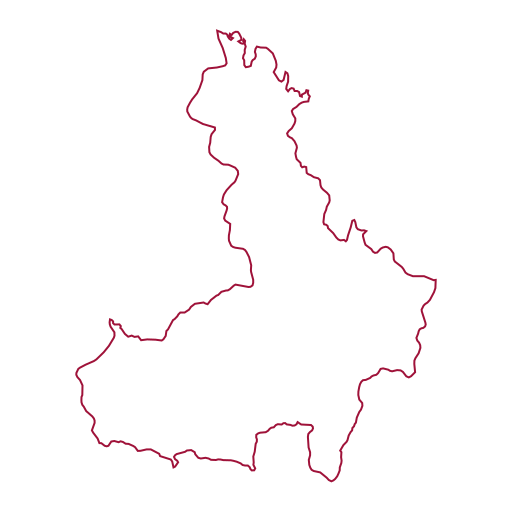 outline of Várzea da Palma, Minas Gerais, Brazil
{"feature_id": "56859067B75648530569084", "entity_name": "Várzea da Palma", "entity_type": "district", "adm_level": 2, "iso_a3": "BRA", "parent_name": "Brazil", "parent_adm1": "Minas Gerais", "projection": "mercator", "projection_center": [-44.733, -17.417], "detail": "fine", "context": "isolated", "style": "outline", "palette": "rose", "viewbox_px": 512, "rotation_deg": 0, "n_neighbors": 0, "source": "geoboundaries", "source_scale": "gbopen_adm2", "svg_char_len": 6009}
<svg xmlns="http://www.w3.org/2000/svg" viewBox="0 0 512 512"><path d="M202.9,124.0L214.9,127.5L215.0,129.9L211.6,134.1L210.7,136.9L210.2,142.8L209.1,146.9L209.4,152.2L210.6,154.5L214.0,157.7L218.5,160.8L221.5,163.5L223.5,164.5L228.3,164.7L230.1,165.4L235.2,167.7L237.8,170.9L238.2,174.1L235.5,180.7L234.5,182.2L231.6,184.7L226.6,190.2L223.9,194.5L223.0,197.3L222.1,202.2L223.6,204.3L225.6,205.4L227.0,206.8L227.1,208.6L226.5,210.8L224.5,216.3L224.1,218.4L225.2,220.6L230.2,223.9L229.9,230.1L228.9,235.3L228.8,238.4L229.0,240.7L231.2,245.7L233.1,247.0L235.3,247.7L243.0,248.8L245.0,250.0L246.5,252.0L249.1,257.1L251.2,265.3L250.9,270.1L251.1,271.9L253.2,279.8L253.2,282.8L252.5,285.4L250.5,286.8L248.5,287.0L235.5,284.6L233.8,285.6L229.9,289.2L227.8,290.4L226.0,290.5L221.4,291.8L218.2,295.0L216.5,295.6L211.0,299.9L207.6,304.2L205.4,303.5L203.6,302.5L194.9,303.8L190.9,306.9L189.1,309.6L184.7,312.5L180.3,312.5L178.4,314.4L177.3,316.3L174.6,319.1L173.0,320.1L168.0,329.4L166.4,331.0L165.7,335.9L163.4,339.3L161.7,340.5L155.5,339.7L147.2,339.4L141.1,340.2L138.2,336.4L134.5,336.9L131.7,335.6L128.2,336.7L124.9,333.9L121.6,329.0L120.3,327.9L120.8,326.1L119.4,324.4L114.5,324.5L113.1,323.2L113.1,321.4L111.7,320.0L110.0,319.4L109.6,322.3L109.8,324.3L110.6,326.7L114.4,332.3L114.5,335.7L113.8,337.8L108.9,345.9L103.7,352.3L96.4,359.4L94.0,361.0L85.6,364.7L79.9,367.7L78.3,368.9L76.4,372.9L76.3,374.8L77.4,377.1L80.0,380.0L82.5,385.4L82.3,395.1L81.5,397.0L81.4,400.0L81.5,402.3L82.3,404.8L83.8,406.7L86.2,411.1L92.3,416.4L93.9,418.5L94.6,420.6L94.6,422.9L91.9,430.4L93.2,432.7L97.6,438.5L99.4,443.1L101.4,443.2L104.7,445.8L106.7,446.3L108.4,445.8L111.3,441.5L114.3,441.0L118.6,442.2L120.6,441.3L123.0,442.0L125.6,443.7L128.6,443.9L133.3,446.0L135.1,447.2L137.8,450.9L140.5,450.8L146.6,449.4L150.8,449.4L159.2,453.8L160.1,456.1L170.8,459.5L172.2,461.5L173.5,467.4L175.1,466.6L178.1,462.3L177.2,460.7L175.1,459.2L174.0,456.9L175.0,455.3L176.6,454.1L185.1,451.8L186.9,450.5L191.2,450.1L194.7,452.2L195.3,454.3L198.3,457.8L200.8,458.5L205.5,457.8L208.6,458.5L211.0,459.8L215.9,460.0L218.1,459.4L220.4,459.5L223.3,460.1L230.9,460.3L233.4,460.8L236.7,461.7L240.7,463.4L242.6,465.0L244.9,465.5L247.8,465.5L249.7,467.2L250.4,469.0L251.7,470.4L254.2,470.3L255.2,468.4L253.4,464.8L253.7,462.5L253.3,456.5L254.7,451.8L255.7,443.8L256.8,441.7L256.9,439.3L256.2,437.4L256.3,434.8L258.3,433.3L260.1,432.7L265.7,432.2L268.0,430.8L269.7,428.8L271.3,427.7L273.8,427.3L275.8,425.1L277.8,424.2L281.7,424.5L283.4,423.2L285.2,423.1L286.7,424.4L290.5,424.9L292.4,425.7L294.6,425.5L296.5,424.3L297.6,422.1L301.2,424.5L311.0,425.0L312.7,426.6L313.0,428.4L312.1,430.4L309.9,432.1L308.3,434.0L307.9,436.9L308.6,447.5L310.1,452.2L310.1,455.3L308.8,459.9L309.3,464.9L310.3,467.7L311.6,469.8L313.7,471.0L320.2,472.4L326.7,477.7L328.8,480.0L331.4,481.3L333.4,480.4L335.2,478.9L337.2,476.3L338.5,473.5L339.7,470.4L339.8,467.4L341.3,463.1L341.6,460.7L341.1,457.2L341.4,452.2L340.2,450.6L343.4,445.1L346.6,441.8L347.5,440.1L348.7,435.5L350.6,432.1L352.1,430.4L352.4,428.0L354.0,426.3L354.7,424.1L355.9,422.6L356.8,417.6L359.3,411.9L361.0,409.6L362.4,405.8L362.2,403.0L359.3,399.6L358.3,395.0L358.4,391.6L359.2,387.1L360.0,384.2L361.3,381.8L363.0,380.2L365.8,379.9L370.2,377.9L371.5,376.5L373.4,375.5L376.3,374.8L378.1,373.1L380.6,368.9L383.1,368.4L388.3,369.7L390.0,370.8L392.1,371.3L397.1,370.1L400.6,370.4L402.9,371.9L406.3,376.3L408.8,377.4L411.1,376.2L415.1,372.2L414.3,364.0L414.4,360.6L415.4,358.2L418.6,353.3L420.4,347.9L420.2,345.2L419.1,342.7L417.3,340.6L416.4,337.9L418.1,333.7L418.7,331.2L419.7,329.3L421.4,328.3L423.3,327.9L425.1,326.4L425.7,324.5L425.4,322.7L421.8,311.4L421.6,309.6L423.6,305.6L425.2,304.0L427.4,302.6L429.9,299.9L434.0,292.2L435.4,288.1L435.7,279.9L433.7,280.2L424.1,276.2L412.9,276.2L407.7,274.2L405.5,272.6L403.2,268.7L401.7,266.9L394.8,261.5L393.8,259.5L393.4,253.3L390.7,249.5L387.8,247.3L385.7,246.8L382.8,247.5L380.7,248.7L377.2,252.5L375.0,252.9L373.0,251.7L371.3,249.1L365.5,244.8L364.6,242.3L363.0,236.3L363.1,234.3L366.3,231.1L364.0,230.3L361.5,230.5L357.8,229.2L356.4,227.4L355.3,222.1L354.3,220.0L352.3,220.8L350.7,227.4L348.0,235.5L347.0,239.9L345.8,241.3L344.0,239.9L340.5,240.4L338.3,239.5L336.3,237.5L333.2,233.1L328.0,228.1L327.7,226.1L326.3,224.8L324.1,224.3L323.4,222.1L324.3,214.0L326.1,209.9L326.8,206.7L329.2,202.4L329.7,200.4L329.2,195.4L327.0,192.8L323.0,189.5L321.3,187.5L320.5,185.2L320.0,180.2L318.2,178.3L313.9,177.2L310.7,175.1L308.3,174.2L306.7,172.9L306.2,167.1L304.2,166.6L302.2,167.3L300.9,165.8L300.5,162.9L296.7,159.2L296.0,156.7L295.4,153.3L296.9,147.7L296.6,145.6L294.5,141.2L291.9,138.2L289.9,137.3L287.9,135.8L287.1,133.4L288.7,131.0L291.8,128.3L294.5,123.6L295.3,121.0L295.3,118.4L292.8,114.3L291.8,111.0L293.1,109.0L296.5,106.9L299.3,104.1L301.8,102.6L303.9,101.9L308.3,101.4L308.8,98.7L309.8,96.3L308.3,94.6L307.8,93.0L308.2,90.6L306.4,90.2L305.5,92.7L301.9,94.6L301.8,96.7L300.0,96.0L299.1,92.1L297.2,91.0L294.6,91.0L293.6,88.6L291.6,88.1L290.0,88.9L288.1,91.3L286.2,88.9L286.6,86.1L288.1,81.7L288.2,76.1L287.4,73.3L285.5,72.0L283.6,79.9L281.4,81.6L278.9,80.3L273.7,72.1L276.2,67.5L276.5,64.6L275.8,60.8L272.8,53.4L267.8,48.8L266.1,47.7L260.6,47.5L256.9,46.6L255.5,48.9L254.9,51.9L255.7,54.3L255.8,56.3L254.8,58.7L252.7,60.1L251.7,61.6L250.8,65.9L248.6,66.7L245.8,67.2L244.3,65.1L244.2,60.3L243.0,58.2L243.5,55.4L244.8,53.1L244.7,49.9L245.7,46.6L244.7,43.5L242.3,43.7L240.6,43.1L238.4,41.4L241.5,39.8L241.2,37.6L239.2,33.6L237.8,31.9L235.6,31.8L233.2,32.9L231.6,35.0L229.9,33.8L229.4,35.6L230.6,37.0L232.9,38.1L231.0,39.9L229.2,38.6L227.8,36.5L227.2,34.6L225.7,33.5L223.2,33.5L221.0,32.1L217.2,30.7L218.5,38.6L222.7,48.0L225.8,58.0L226.6,63.3L225.2,65.4L222.8,66.2L216.9,67.5L208.2,68.4L203.8,71.7L202.7,74.4L202.4,80.1L199.6,88.0L197.1,93.2L192.2,99.3L190.1,102.6L187.6,107.3L187.2,109.5L187.3,111.5L190.0,116.6L191.1,117.9L192.5,119.0L196.1,120.4L202.9,124.0ZM244.7,43.5L245.1,40.9L243.8,39.3L243.2,41.2L244.7,43.5Z" fill="none" stroke="#9f1239" stroke-width="2"/></svg>